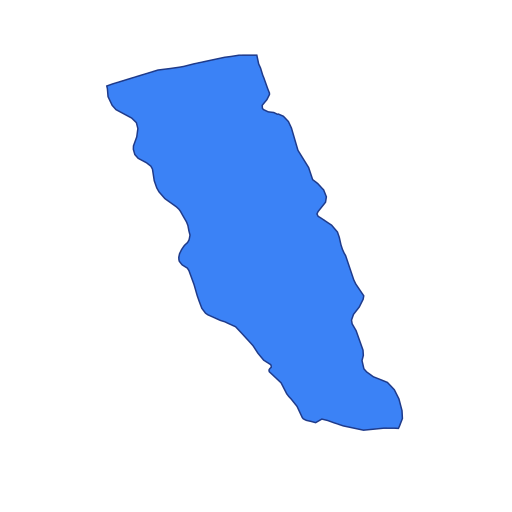 Cunén, Quiché, Guatemala, rotated 253°
{"feature_id": "79465075B6309522429005", "entity_name": "Cunén", "entity_type": "district", "adm_level": 2, "iso_a3": "GTM", "parent_name": "Guatemala", "parent_adm1": "Quiché", "projection": "equal_earth", "projection_center": [-91.026, 15.371], "detail": "fine", "context": "isolated", "style": "filled", "palette": "blue", "viewbox_px": 512, "rotation_deg": 253, "n_neighbors": 0, "source": "geoboundaries", "source_scale": "gbopen_adm2", "svg_char_len": 2058}
<svg xmlns="http://www.w3.org/2000/svg" viewBox="0 0 512 512"><g transform="rotate(253 256 256)"><path d="M49.5,341.8L51.4,343.5L57.8,348.5L65.4,350.4L77.5,350.9L87.6,349.2L96.7,344.7L106.2,332.9L112.8,327.9L116.6,326.2L125.0,326.8L129.6,329.6L134.7,330.8L155.3,329.9L163.0,328.1L166.8,328.6L171.7,332.2L177.0,339.8L183.3,345.8L186.4,347.4L200.1,343.2L204.7,342.5L230.1,341.8L233.1,341.1L237.1,340.6L241.8,340.5L249.5,341.1L255.1,340.9L263.4,337.3L266.8,334.5L273.3,329.2L275.8,327.0L278.4,326.6L280.3,328.3L287.1,338.2L292.0,340.6L299.5,340.0L301.2,339.1L307.1,336.3L312.5,332.5L325.2,332.2L344.8,327.0L368.0,327.3L375.1,326.3L379.6,324.1L381.7,323.0L385.2,318.9L385.3,317.9L388.0,315.0L390.3,309.8L393.8,306.0L395.3,305.3L398.3,306.0L402.4,312.2L406.5,316.1L407.9,316.5L412.3,316.1L423.7,315.6L427.1,315.3L434.4,315.3L438.9,314.7L447.8,315.5L451.4,303.8L453.0,298.4L454.1,290.5L455.2,284.1L456.2,272.6L457.9,253.1L458.4,242.4L458.9,238.2L460.4,228.6L462.5,216.6L462.5,169.4L462.2,163.0L459.4,162.8L451.6,161.1L442.1,162.5L436.9,164.9L424.3,177.4L418.5,180.6L412.4,180.3L404.8,176.8L397.1,171.0L393.9,169.9L388.4,169.8L383.8,171.9L377.1,178.6L375.5,179.7L372.7,181.7L369.4,182.4L357.7,180.7L350.2,181.0L345.7,182.0L337.6,185.6L336.9,186.1L326.2,194.3L323.2,196.0L320.9,196.8L316.7,197.7L308.9,199.5L305.1,199.8L299.8,199.2L295.3,199.0L292.4,197.5L290.9,196.6L288.9,194.5L287.5,191.5L286.5,189.9L283.9,186.7L280.6,183.6L277.4,181.8L275.0,181.2L273.4,181.1L271.0,182.0L269.1,182.8L266.9,184.7L264.5,186.8L261.6,187.6L246.6,188.4L235.2,188.2L229.8,188.4L221.8,188.9L216.1,191.0L215.2,191.7L213.9,192.7L204.9,203.0L202.1,207.1L200.4,208.9L194.3,215.8L186.4,219.7L171.2,226.9L162.5,229.4L154.1,232.9L147.8,238.3L146.4,238.4L145.1,238.0L144.3,236.3L143.3,235.2L142.4,234.9L141.4,234.9L127.4,242.9L115.2,245.1L112.0,246.3L109.2,247.7L100.1,251.3L88.0,253.0L86.5,253.6L85.4,254.7L84.1,256.1L81.7,260.3L79.2,264.3L80.8,271.3L77.7,276.5L74.0,281.4L68.0,289.8L58.0,307.9L54.0,327.8L50.9,337.9L49.5,341.8Z" fill="#3b82f6" stroke="#1e3a8a" stroke-width="1.5"/></g></svg>